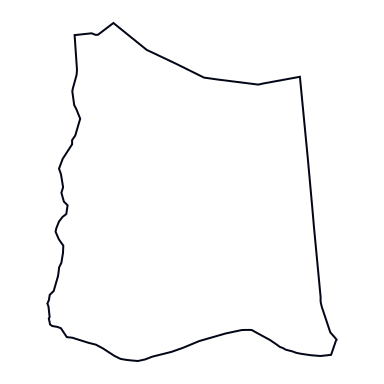 outline of Reifi Wad Elhilaiw, Gedarif, Sudan
{"feature_id": "16777658B67194501280165", "entity_name": "Reifi Wad Elhilaiw", "entity_type": "district", "adm_level": 2, "iso_a3": "SDN", "parent_name": "Sudan", "parent_adm1": "Gedarif", "projection": "mercator", "projection_center": [36.021, 14.605], "detail": "fine", "context": "isolated", "style": "outline", "palette": "ink", "viewbox_px": 384, "rotation_deg": 0, "n_neighbors": 0, "source": "geoboundaries", "source_scale": "gbopen_adm2", "svg_char_len": 1727}
<svg xmlns="http://www.w3.org/2000/svg" viewBox="0 0 384 384"><path d="M331.1,354.8L334.7,344.3L335.8,341.1L336.6,339.7L335.2,337.9L330.3,332.4L322.3,308.4L321.8,306.9L321.4,305.3L320.8,302.6L320.6,301.1L320.6,297.0L313.9,226.4L312.3,207.9L307.9,159.4L299.9,76.8L263.2,83.5L258.3,84.6L218.3,79.6L204.0,77.6L175.5,63.5L146.7,49.9L113.4,23.0L97.9,34.8L95.4,34.8L91.6,33.3L74.6,35.1L77.0,70.0L76.6,74.8L73.7,85.4L73.0,87.9L72.9,88.1L72.9,88.3L72.3,91.2L72.3,91.3L74.2,105.1L75.8,108.1L76.1,108.6L80.1,118.5L80.2,118.9L80.1,119.0L75.3,135.4L75.1,135.8L72.1,140.1L72.1,144.3L62.7,158.8L62.6,159.1L59.1,168.4L59.0,168.6L60.8,173.7L60.9,174.2L61.0,174.4L63.0,186.7L63.0,187.4L63.0,187.6L61.5,192.5L61.4,192.6L61.4,192.8L63.8,201.3L63.9,201.6L67.4,205.1L67.6,205.3L66.3,214.0L62.7,216.8L62.5,217.0L62.4,217.1L59.1,221.4L58.9,221.7L56.2,228.6L56.2,228.8L55.6,231.6L55.6,231.8L58.8,239.2L61.4,243.0L63.3,245.6L63.3,245.8L63.0,252.9L61.4,262.7L61.3,262.9L59.1,267.4L58.6,272.0L58.0,276.1L58.0,276.4L57.9,276.5L53.7,291.0L49.7,294.9L49.7,295.1L48.9,300.0L47.5,303.5L47.4,303.6L48.3,306.0L48.5,306.3L48.5,306.6L49.6,316.9L49.6,317.1L48.9,318.3L48.8,318.5L50.1,324.5L52.2,326.0L57.4,326.9L61.0,328.3L61.1,328.5L66.6,336.8L66.8,337.1L72.2,337.7L88.5,342.8L96.0,344.7L102.9,348.4L113.5,355.3L114.6,356.0L120.6,358.9L126.5,359.9L132.0,360.5L137.9,361.0L145.2,359.4L152.2,356.7L171.4,351.9L182.8,347.9L198.9,341.2L199.1,341.1L225.5,333.5L242.0,330.0L248.7,329.9L249.6,329.9L251.1,330.0L251.7,330.0L258.0,333.5L270.0,340.0L276.9,344.7L279.8,346.9L282.8,348.0L283.1,348.1L285.5,349.6L292.0,351.3L292.5,351.4L295.9,352.7L296.1,352.8L301.1,353.8L310.7,355.2L320.3,356.0L330.9,354.9L331.1,354.8Z" fill="none" stroke="#020617" stroke-width="2"/></svg>